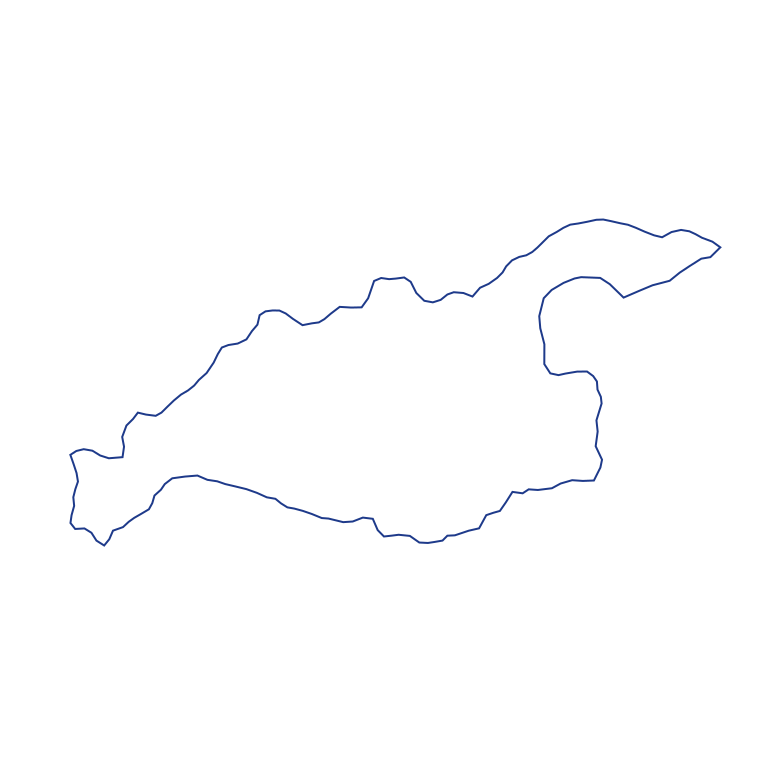 outline of Mata Verde, Minas Gerais, Brazil, rotated 109°
{"feature_id": "56859067B41981550875410", "entity_name": "Mata Verde", "entity_type": "district", "adm_level": 2, "iso_a3": "BRA", "parent_name": "Brazil", "parent_adm1": "Minas Gerais", "projection": "albers", "projection_center": [-40.707, -15.767], "detail": "fine", "context": "isolated", "style": "outline", "palette": "blue", "viewbox_px": 768, "rotation_deg": 109, "n_neighbors": 0, "source": "geoboundaries", "source_scale": "gbopen_adm2", "svg_char_len": 2578}
<svg xmlns="http://www.w3.org/2000/svg" viewBox="0 0 768 768"><g transform="rotate(109 384 384)"><path d="M145.3,110.5L142.5,119.8L142.2,131.0L140.9,138.2L140.2,145.0L141.6,153.3L146.7,161.6L154.7,168.8L155.5,177.0L155.1,187.1L154.3,196.7L154.0,205.1L155.1,213.0L156.1,222.4L157.1,230.2L159.6,236.7L164.4,244.6L169.0,252.6L172.7,259.8L177.9,265.2L183.9,270.1L190.7,276.3L197.8,279.8L205.1,283.4L210.9,286.8L216.0,291.4L219.8,297.5L225.4,303.2L233.0,306.8L239.9,308.2L246.9,311.6L255.2,317.6L261.7,324.5L272.5,328.8L272.1,338.5L274.5,347.9L278.7,353.2L286.0,357.8L290.9,364.4L292.2,373.0L287.4,383.1L278.7,392.0L276.7,399.6L280.5,407.2L283.2,413.3L284.7,421.2L289.8,426.9L297.7,426.9L308.1,426.9L318.8,430.1L322.4,439.9L325.5,451.0L334.8,457.2L342.1,461.5L347.0,465.7L350.1,471.9L354.9,480.2L352.1,491.2L349.3,499.9L348.6,506.8L350.7,513.2L353.9,519.7L359.4,524.0L369.1,523.0L377.0,526.1L386.6,528.6L393.4,535.5L397.8,543.8L402.3,549.2L409.9,550.9L419.2,552.0L431.4,555.3L440.3,560.3L447.3,563.0L453.9,567.2L460.1,572.5L468.0,577.3L475.6,581.2L483.5,585.1L488.4,589.5L490.4,599.1L491.2,607.4L498.8,609.9L507.1,614.0L519.3,614.3L527.9,609.4L538.3,607.4L543.8,620.0L544.0,629.1L542.0,638.0L543.4,646.7L547.5,653.1L553.1,657.5L560.8,651.4L568.3,645.7L575.9,641.6L583.9,641.6L592.2,640.9L600.1,637.3L609.8,636.7L617.5,635.2L621.6,628.8L618.1,620.2L619.9,612.2L625.7,604.9L627.8,596.0L620.2,593.2L610.9,592.5L604.3,584.2L597.4,580.5L591.9,576.6L586.4,571.8L579.0,565.5L572.1,564.3L564.2,564.7L556.6,560.5L550.0,558.7L542.1,553.5L536.3,542.0L531.3,530.6L532.1,519.8L530.3,510.0L530.3,501.5L529.3,491.7L528.2,479.9L528.3,468.7L529.3,457.9L527.9,449.3L530.4,442.5L532.1,435.2L531.0,428.3L530.4,419.5L530.4,410.0L531.0,399.2L529.3,392.7L528.6,385.2L527.9,377.6L524.2,368.8L517.2,360.5L515.1,350.7L524.2,342.4L528.2,334.4L524.9,327.4L521.8,321.1L519.2,310.1L522.4,299.0L520.0,290.7L516.9,284.8L513.0,277.7L506.8,274.7L504.0,267.7L495.1,256.1L489.5,247.1L474.7,244.6L470.1,238.6L466.3,233.1L456.4,230.3L444.2,227.4L442.2,217.3L436.5,212.9L434.1,204.0L427.9,191.3L420.6,184.6L413.7,174.8L410.9,164.4L406.9,154.1L392.5,152.2L384.6,153.2L373.9,163.6L359.4,166.5L349.2,171.3L331.6,171.9L325.5,174.8L319.8,180.3L312.3,183.5L308.4,188.8L306.1,196.1L309.4,205.4L315.1,215.9L318.8,221.9L319.8,230.2L313.0,238.9L294.2,245.3L280.4,254.4L269.3,259.3L250.9,260.9L240.5,256.1L229.9,247.1L222.2,238.2L218.8,232.4L213.3,214.1L216.1,203.0L224.3,185.6L212.8,173.0L203.2,162.2L193.4,147.5L182.5,140.7L172.7,133.2L162.2,124.8L157.8,116.7L145.3,110.5Z" fill="none" stroke="#1e3a8a" stroke-width="2"/></g></svg>